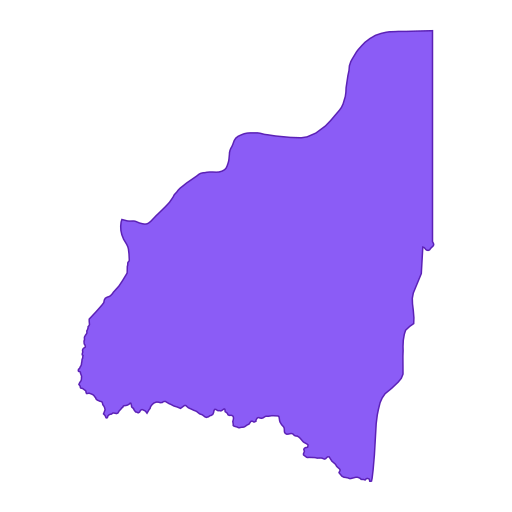 Indragiri Hulu, Riau, Indonesia
{"feature_id": "22746128B72920479258091", "entity_name": "Indragiri Hulu", "entity_type": "district", "adm_level": 2, "iso_a3": "IDN", "parent_name": "Indonesia", "parent_adm1": "Riau", "projection": "mercator", "projection_center": [102.04, -0.493], "detail": "fine", "context": "isolated", "style": "filled", "palette": "violet", "viewbox_px": 512, "rotation_deg": 0, "n_neighbors": 0, "source": "geoboundaries", "source_scale": "gbopen_adm2", "svg_char_len": 6023}
<svg xmlns="http://www.w3.org/2000/svg" viewBox="0 0 512 512"><path d="M432.5,30.7L416.4,31.1L406.7,31.4L398.5,31.4L395.2,31.6L389.3,31.8L386.0,32.3L381.2,33.4L375.5,35.3L370.0,38.5L365.1,42.2L361.9,45.5L358.3,49.5L356.5,51.9L352.1,59.2L350.8,61.6L349.4,65.8L349.0,70.5L347.9,75.7L346.1,87.7L345.9,92.2L345.3,96.5L343.1,103.9L341.5,107.3L339.6,110.0L335.0,115.4L330.6,120.6L325.5,125.9L315.8,133.1L307.0,136.9L301.1,137.8L290.1,137.4L275.6,136.0L267.7,134.8L264.5,134.4L260.3,133.3L257.6,132.9L250.2,132.9L247.2,133.1L244.3,133.7L242.9,134.2L240.5,135.2L238.1,136.3L235.8,138.1L234.2,140.6L232.7,144.7L231.9,146.5L230.8,148.4L230.0,150.4L229.8,151.4L229.5,152.5L229.4,154.5L229.0,158.7L228.7,160.9L228.0,163.4L227.1,166.0L226.1,168.1L224.6,169.7L222.1,171.1L219.0,172.0L216.3,172.2L212.4,172.0L209.8,172.0L206.6,172.3L204.8,172.7L203.8,172.7L202.5,172.9L200.8,173.3L199.0,174.2L196.6,176.1L187.0,182.7L180.3,188.0L178.3,190.0L176.8,192.0L174.3,194.7L173.2,196.9L171.8,199.0L169.5,202.3L165.3,206.8L157.6,214.3L156.4,215.4L150.9,221.2L148.8,222.9L147.6,223.6L146.2,224.0L144.9,224.1L144.0,224.0L142.3,223.7L139.5,223.0L135.9,221.5L135.0,221.2L133.7,221.0L129.2,221.1L127.3,220.9L121.9,219.5L121.1,222.1L120.7,226.2L120.9,230.5L121.8,234.6L123.6,239.2L126.6,244.2L127.8,246.7L128.4,248.9L129.0,253.9L129.3,260.3L129.0,261.1L128.0,262.3L127.8,262.9L127.7,265.1L127.3,266.5L127.2,271.8L127.1,273.1L122.5,280.7L118.9,286.1L113.4,292.2L112.4,293.7L111.1,295.1L110.1,296.0L108.7,296.7L107.3,297.1L105.3,298.2L104.3,300.0L103.8,302.6L102.0,305.0L96.2,311.6L89.2,319.1L89.2,321.2L89.5,324.6L88.9,325.8L88.1,326.6L88.0,328.2L87.6,329.2L87.4,329.9L86.8,330.9L86.9,333.0L85.9,334.7L85.6,334.9L85.6,335.1L84.7,336.5L84.4,337.4L84.5,340.0L84.2,340.3L84.0,341.5L84.1,342.7L84.2,343.9L84.9,344.9L85.3,346.1L85.3,347.0L85.2,347.2L84.1,347.9L83.4,348.4L82.7,349.4L82.5,350.7L82.7,351.4L82.7,352.4L82.3,353.4L82.2,354.5L82.2,354.8L83.0,355.4L82.7,357.3L82.7,358.1L82.1,359.2L81.8,362.0L81.5,363.2L81.5,364.3L81.2,365.0L81.1,365.5L80.2,366.9L79.8,368.0L79.3,368.6L78.5,369.3L78.3,370.3L78.3,370.9L78.7,371.4L80.0,371.8L80.3,372.0L80.5,372.7L80.5,373.3L81.4,375.6L81.6,376.6L81.6,377.2L81.4,377.8L81.5,378.8L81.1,380.6L79.7,382.6L79.1,383.9L78.9,384.5L80.1,386.0L80.3,386.5L80.2,386.9L80.5,387.8L80.8,388.1L82.6,388.5L85.6,390.7L85.9,391.1L86.0,391.5L85.9,391.9L86.5,393.5L87.4,393.5L89.1,393.2L91.7,394.1L93.5,395.1L94.4,396.2L94.7,396.8L95.6,397.6L95.9,398.8L97.1,400.0L98.4,400.6L99.2,400.9L99.9,401.3L101.1,401.5L102.0,402.0L102.4,402.8L102.8,404.7L103.8,406.0L104.5,407.4L104.8,408.4L104.9,409.1L105.1,409.5L105.0,410.1L104.6,411.0L104.0,412.8L103.6,413.5L103.5,413.9L104.8,415.2L105.3,416.0L106.0,417.7L106.3,417.9L107.0,417.9L107.6,417.1L107.9,415.9L108.8,415.0L109.5,414.6L110.8,414.1L111.5,414.1L112.0,413.7L112.7,413.1L113.5,413.0L115.3,413.3L116.4,413.6L117.8,413.1L118.2,412.6L119.1,411.0L121.0,409.0L121.7,407.9L122.5,407.6L122.8,407.3L122.9,406.6L123.2,406.2L123.6,406.1L123.9,405.7L125.5,405.6L126.8,405.3L127.7,405.0L129.2,404.1L130.2,403.1L130.9,403.3L131.0,403.7L131.2,404.6L131.5,405.4L131.5,406.2L131.7,407.0L132.4,407.6L133.1,408.1L133.1,408.3L133.5,408.5L133.6,409.0L133.8,409.1L133.9,409.6L134.4,410.4L135.7,412.0L136.7,412.1L137.5,412.6L138.3,412.8L139.5,412.1L140.5,410.4L141.5,409.7L142.4,409.6L143.7,410.2L145.1,410.9L145.8,411.6L147.0,413.2L149.0,409.8L150.1,408.4L150.5,406.9L151.3,405.6L152.4,404.3L154.0,403.0L156.2,402.1L157.6,402.1L158.7,402.2L160.2,402.7L162.3,402.5L163.0,401.9L163.9,401.5L165.3,401.4L169.5,403.9L170.3,404.1L173.9,406.0L177.2,407.0L180.5,408.4L184.2,405.7L185.0,405.4L185.9,405.6L188.0,407.5L189.0,408.1L191.5,409.2L194.0,410.4L195.5,410.9L196.8,411.6L198.8,413.2L199.7,413.9L202.3,414.8L205.0,416.9L206.5,417.4L207.3,417.1L208.5,416.8L209.9,415.7L211.0,415.5L212.7,414.5L213.1,413.7L213.6,412.5L214.0,410.4L214.9,409.3L216.1,409.5L217.3,410.4L218.1,410.7L219.3,410.6L220.9,410.9L222.1,410.3L223.7,409.1L224.6,409.0L225.1,410.0L225.0,410.9L225.2,411.7L226.6,412.6L227.6,413.8L227.9,414.7L229.2,415.4L231.0,415.3L231.8,415.4L233.1,416.3L233.4,417.3L233.5,418.3L233.2,420.2L232.8,421.4L233.2,424.0L233.2,425.5L234.1,426.2L237.0,427.0L238.3,427.6L239.1,427.8L241.3,427.3L243.1,427.2L244.0,427.0L245.0,426.5L247.1,425.0L249.0,424.1L250.5,421.9L251.2,421.2L252.6,421.3L254.0,422.1L255.9,421.3L255.8,420.8L256.5,419.1L257.4,417.9L258.2,417.6L259.0,417.6L259.8,418.0L261.5,418.3L263.0,417.9L265.0,416.6L266.1,416.2L268.2,416.3L271.7,415.7L273.0,415.7L277.0,415.9L278.0,416.0L278.7,416.4L279.1,417.2L279.6,420.6L280.0,422.0L281.6,424.7L283.2,426.4L284.0,427.5L284.3,429.0L284.4,431.5L284.6,432.4L285.3,433.4L286.7,434.2L288.2,434.1L291.0,433.5L292.0,433.6L292.8,433.9L294.4,435.5L296.2,436.1L297.1,436.0L298.9,437.1L300.2,438.3L303.0,441.6L304.0,442.4L306.6,443.8L307.9,444.7L308.0,445.6L307.6,447.2L306.7,447.5L305.9,447.5L305.1,447.8L304.2,448.5L303.8,449.4L304.4,451.4L303.4,454.0L303.6,455.0L306.5,457.2L307.3,457.5L309.4,457.4L315.1,457.6L317.2,458.1L320.6,458.0L321.9,458.1L323.9,458.9L324.7,459.1L325.9,458.5L326.4,457.8L327.7,456.8L329.1,456.8L331.9,461.2L335.2,464.0L335.8,464.8L336.5,466.1L337.3,467.0L339.5,468.9L340.1,469.9L340.0,470.7L339.4,471.7L339.0,472.7L341.9,476.2L344.0,477.3L344.7,477.3L348.0,477.9L349.6,478.6L350.6,478.6L355.6,477.3L357.2,477.2L358.8,477.7L360.1,478.3L361.2,479.4L363.8,479.5L365.1,480.0L366.2,478.8L367.1,478.4L368.8,478.8L369.4,479.4L369.7,481.2L370.5,481.3L371.5,481.1L372.1,478.3L373.1,469.9L374.4,454.9L376.2,423.5L377.3,414.8L378.4,409.5L379.4,405.4L380.1,402.6L382.2,397.9L385.1,393.7L391.9,388.1L398.2,382.1L401.3,378.3L403.0,374.1L402.9,356.1L403.1,350.7L403.0,346.4L403.3,340.2L404.3,334.3L405.6,330.2L409.8,326.3L413.7,323.6L413.9,317.8L413.3,310.5L412.5,303.9L412.3,298.3L413.3,293.0L421.3,273.6L422.8,247.1L424.0,247.5L424.6,248.0L425.2,248.8L425.9,249.6L426.9,250.2L428.1,250.4L428.9,250.2L429.6,249.8L430.9,248.1L432.8,246.3L433.4,245.6L433.7,244.5L433.5,243.6L432.5,241.6L432.5,30.7Z" fill="#8b5cf6" stroke="#5b21b6" stroke-width="1.5"/></svg>